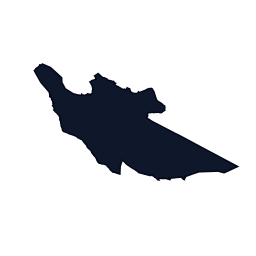 the district of Lillehammer nor, Oppland, Norway, rotated 40°
{"feature_id": "86288312B86660801630456", "entity_name": "Lillehammer nor", "entity_type": "district", "adm_level": 2, "iso_a3": "NOR", "parent_name": "Norway", "parent_adm1": "Oppland", "projection": "robinson", "projection_center": [10.321, 61.133], "detail": "fine", "context": "isolated", "style": "filled", "palette": "ink", "viewbox_px": 256, "rotation_deg": 40, "n_neighbors": 0, "source": "geoboundaries", "source_scale": "gbopen_adm2", "svg_char_len": 5659}
<svg xmlns="http://www.w3.org/2000/svg" viewBox="0 0 256 256"><g transform="rotate(40 128 128)"><path d="M151.4,168.5L146.6,162.3L144.2,156.2L147.9,156.3L148.6,156.4L149.0,156.6L149.7,156.5L151.0,156.6L153.1,156.3L154.9,156.2L157.9,155.8L158.8,155.5L160.0,155.3L160.8,155.4L162.4,155.2L165.0,155.2L172.0,151.9L175.3,150.3L176.2,149.5L176.1,148.7L176.3,148.1L176.7,148.1L177.1,148.4L177.5,148.5L178.3,148.6L178.7,148.2L178.9,148.2L180.2,148.6L181.7,148.1L183.8,148.6L184.7,148.2L185.0,148.0L184.6,147.9L184.5,147.5L184.3,147.3L184.0,147.2L183.9,146.9L186.9,144.5L186.5,144.3L186.5,144.0L187.2,143.5L188.0,143.6L190.2,141.8L191.6,141.5L191.9,141.0L192.1,140.9L192.8,140.8L192.9,140.7L193.3,140.7L193.3,140.3L192.6,140.2L191.9,140.0L200.7,131.0L201.7,131.6L202.0,131.5L202.3,131.6L203.3,131.6L204.2,131.5L204.4,131.3L204.2,131.2L203.4,130.8L203.6,130.5L203.8,129.7L203.4,129.2L203.5,129.1L202.6,128.8L203.2,128.1L204.4,126.2L207.5,120.8L210.3,116.3L210.9,115.6L224.7,103.2L230.4,100.5L236.8,87.0L199.3,95.0L176.8,99.7L172.1,100.7L167.3,101.9L150.1,105.7L144.1,107.1L140.7,107.7L138.6,107.8L138.4,108.0L136.7,108.3L136.0,108.1L135.4,107.9L135.3,107.2L135.6,106.9L135.2,106.5L135.2,105.8L134.8,105.6L134.2,105.0L133.8,104.8L133.7,104.5L133.3,104.2L133.3,103.9L133.6,103.4L134.0,103.2L134.1,102.8L135.4,101.8L135.4,101.5L135.6,101.2L137.1,100.0L137.8,99.7L138.8,98.5L139.9,97.6L140.6,96.8L141.2,96.3L142.4,95.8L143.5,95.1L144.0,94.0L144.0,93.8L143.8,93.6L143.8,93.4L144.0,93.0L144.1,92.3L144.7,91.3L144.8,91.0L144.8,90.7L143.6,89.5L143.2,88.7L142.4,88.2L142.0,87.6L139.8,87.9L139.2,87.7L137.9,87.7L133.0,88.4L131.3,87.9L124.4,83.5L121.0,82.4L120.7,82.5L120.2,82.8L119.9,83.5L119.5,83.9L118.8,84.1L118.7,84.5L117.4,86.7L117.3,87.7L117.0,88.1L115.3,91.1L114.9,91.9L114.2,93.0L113.7,93.5L112.8,93.5L112.8,94.0L113.1,94.7L112.5,95.9L111.2,97.1L109.1,98.3L108.6,98.4L108.4,98.3L107.7,98.3L106.3,98.8L106.2,98.4L104.4,97.2L104.1,96.9L103.4,97.3L101.6,97.7L102.1,98.4L101.9,98.6L101.8,98.9L101.9,99.0L102.0,99.0L102.3,99.3L102.2,99.6L101.6,99.9L101.3,100.3L100.9,100.4L101.2,100.6L100.8,101.1L99.6,101.5L98.9,101.7L98.4,101.9L98.5,102.0L98.3,102.2L97.4,102.5L96.8,102.1L96.4,102.3L94.9,102.6L93.9,102.6L93.5,103.0L93.3,102.9L93.0,102.9L91.5,103.5L90.5,103.5L89.7,103.3L89.9,103.0L89.9,102.9L89.7,102.8L89.9,102.6L90.0,102.1L89.9,101.8L89.4,102.1L89.0,101.9L87.7,101.8L87.0,101.6L86.4,101.9L86.2,102.2L85.3,102.8L84.8,102.7L82.4,104.0L81.3,104.3L80.8,104.1L80.3,104.0L79.4,104.2L77.6,104.8L76.1,105.7L70.1,105.5L68.9,109.6L69.6,109.6L70.3,109.9L70.5,110.2L72.1,111.0L70.8,113.6L69.8,114.8L69.7,115.9L69.2,117.2L70.5,117.5L71.3,117.9L73.9,118.9L74.2,119.2L74.2,119.4L75.2,120.0L75.6,120.4L75.7,120.6L76.3,121.1L76.5,121.2L76.6,121.3L76.4,121.4L76.4,121.6L76.5,122.0L76.9,122.4L78.2,124.1L78.6,124.2L78.3,124.7L78.3,124.9L77.9,125.2L77.8,125.7L78.1,126.2L78.0,126.5L78.0,126.9L77.6,127.1L77.7,127.4L77.3,127.3L77.1,127.1L76.5,127.0L76.2,127.5L75.2,127.5L74.9,128.3L75.0,128.4L74.9,128.7L74.9,129.0L74.9,129.4L74.4,129.7L73.9,130.8L73.7,131.0L72.9,131.3L72.3,131.8L72.0,132.0L71.0,131.9L71.2,132.2L70.9,132.9L71.0,133.3L70.6,133.4L70.1,133.8L69.3,134.2L68.3,135.0L67.1,135.5L65.3,136.3L64.5,136.9L54.8,138.3L47.9,135.6L46.9,134.3L44.8,132.1L29.8,131.5L21.3,134.0L21.3,134.6L21.2,134.9L21.5,135.4L21.4,135.6L20.7,135.8L20.6,136.2L19.9,136.2L19.8,136.4L20.5,137.0L20.2,137.4L20.3,137.5L20.2,138.0L20.1,138.3L20.2,138.7L20.1,138.8L20.1,139.1L19.9,139.5L19.8,140.0L19.6,140.5L19.5,140.9L19.5,141.0L19.4,141.4L19.5,141.5L19.4,141.8L19.3,142.0L19.6,142.4L19.7,142.9L19.7,143.0L19.8,143.2L19.2,143.9L19.2,144.0L19.4,144.3L31.8,149.0L45.1,151.2L45.1,151.4L45.3,151.6L45.7,151.8L45.7,152.1L46.7,152.4L46.6,152.5L46.8,152.9L47.2,153.1L47.2,153.3L47.5,153.5L47.5,153.9L47.8,154.2L48.1,154.1L48.4,154.2L48.5,154.0L49.1,154.2L49.8,153.9L50.0,154.2L50.6,154.3L50.9,154.8L51.4,154.7L51.4,154.9L51.4,155.0L51.7,154.8L51.9,154.9L51.9,155.1L52.2,155.3L52.1,155.5L52.4,155.6L52.6,155.8L53.3,156.0L53.7,156.3L54.1,156.3L54.2,156.7L54.4,156.6L54.9,156.8L54.7,156.9L54.9,157.2L54.7,157.2L54.7,157.5L55.0,157.7L55.5,157.7L55.6,158.1L55.8,158.2L55.9,158.3L56.3,158.7L56.3,158.9L56.0,159.0L55.9,159.3L56.5,159.4L56.9,159.6L57.2,159.5L57.6,159.8L58.1,159.9L58.2,160.1L59.1,160.4L59.3,161.1L59.5,161.3L59.6,161.6L59.5,161.9L59.7,162.0L60.7,162.1L61.4,162.0L61.7,162.2L62.2,162.3L62.9,162.2L64.8,162.4L65.6,162.6L66.9,162.6L67.1,162.7L67.3,163.0L67.7,162.8L68.6,163.5L69.9,164.1L70.0,164.2L69.9,164.5L70.0,164.8L69.9,165.0L71.0,165.8L71.9,166.0L72.2,166.4L72.7,166.6L73.0,167.2L74.5,168.3L74.6,168.5L74.9,168.7L75.0,168.9L75.5,169.1L75.8,169.6L76.4,169.8L77.5,170.4L78.3,170.6L78.4,170.9L78.8,171.1L78.9,171.3L78.9,171.6L79.3,171.8L80.0,171.7L80.7,172.1L84.8,170.6L86.4,170.3L90.3,168.7L93.0,167.8L92.9,167.7L93.1,167.8L93.7,167.6L94.5,167.5L95.0,167.5L95.4,167.7L95.9,167.7L96.4,167.4L99.0,166.9L99.7,166.3L105.0,167.5L105.4,167.6L107.0,167.5L107.2,167.8L108.0,168.2L108.7,168.6L109.7,168.9L113.9,169.1L114.4,169.2L115.9,170.0L117.1,170.4L119.9,171.0L121.9,171.1L123.7,171.9L124.2,172.3L126.0,173.1L128.1,173.6L128.8,173.4L129.1,173.0L129.3,172.9L129.4,172.7L129.7,172.6L130.6,172.6L131.5,172.0L132.1,171.5L132.3,171.4L132.4,171.2L133.2,171.0L133.7,170.7L134.2,170.7L134.4,170.4L134.9,170.2L135.6,170.1L136.1,170.5L136.4,170.4L137.9,170.8L138.5,170.5L138.9,170.5L139.3,170.8L139.6,170.8L140.2,171.1L140.7,171.2L141.1,171.2L141.4,171.4L141.9,171.3L142.3,171.5L142.6,171.5L143.4,171.4L143.9,171.2L144.1,171.3L144.2,171.5L144.5,171.5L144.9,171.3L145.1,171.4L145.6,171.0L145.6,170.8L145.7,170.7L146.5,170.4L147.1,170.3L148.6,169.7L151.4,168.5Z" fill="#0f172a" stroke="#020617" stroke-width="1.5"/></g></svg>